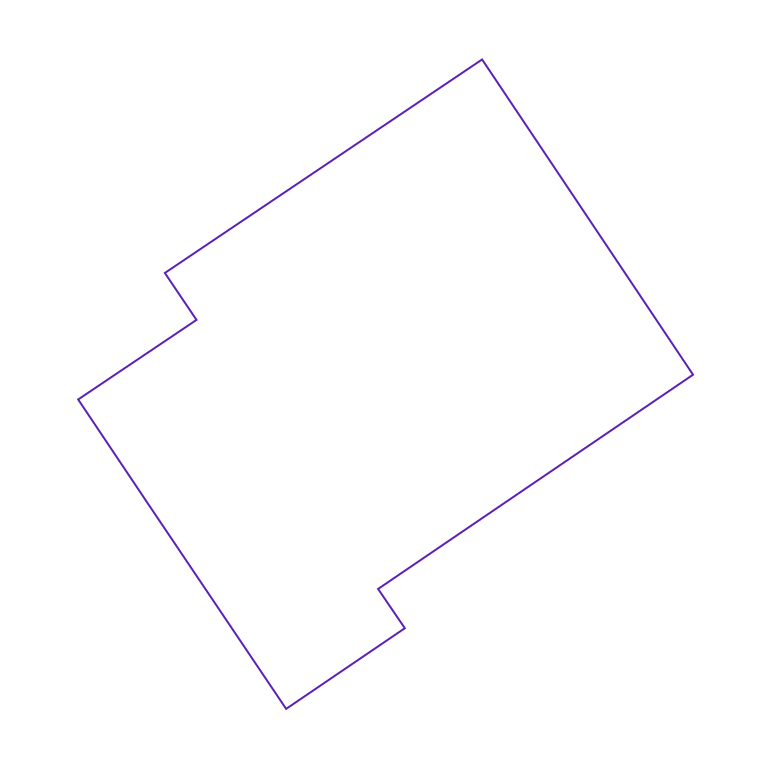 Audubon, Iowa, United States of America, rotated 56°
{"feature_id": "52423323B14166317178885", "entity_name": "Audubon", "entity_type": "district", "adm_level": 2, "iso_a3": "USA", "parent_name": "United States of America", "parent_adm1": "Iowa", "projection": "albers", "projection_center": [-94.918, 41.684], "detail": "fine", "context": "isolated", "style": "outline", "palette": "violet", "viewbox_px": 768, "rotation_deg": 56, "n_neighbors": 0, "source": "geoboundaries", "source_scale": "gbopen_adm2", "svg_char_len": 285}
<svg xmlns="http://www.w3.org/2000/svg" viewBox="0 0 768 768"><g transform="rotate(56 384 384)"><path d="M169.8,121.2L169.4,503.6L226.0,503.6L225.8,646.2L351.2,646.6L598.6,646.8L598.1,503.3L550.6,503.5L549.1,122.6L169.8,121.2Z" fill="none" stroke="#5b21b6" stroke-width="2"/></g></svg>